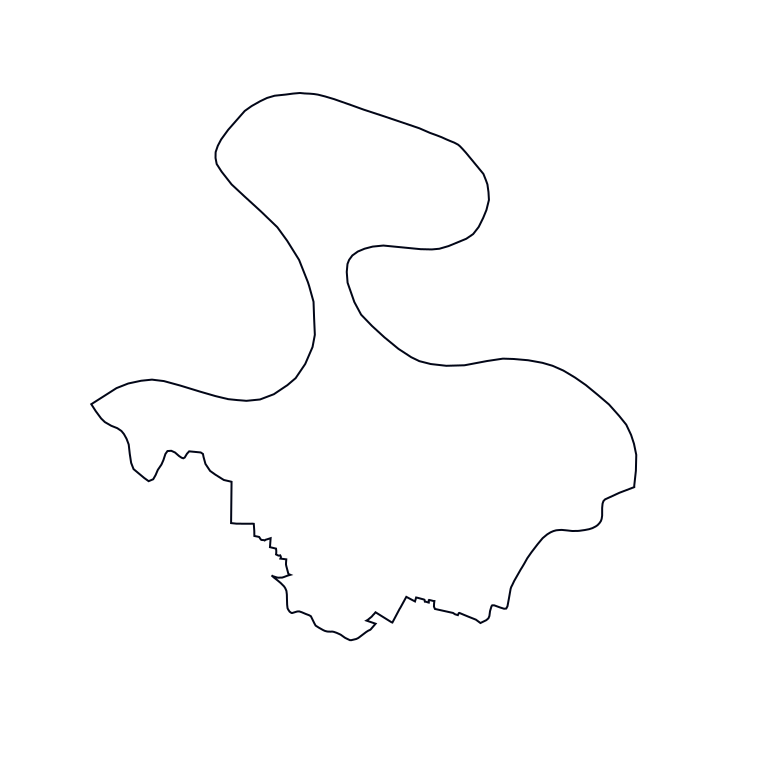 Binh Thanh, Hồ Chí Minh city, Vietnam, rotated 289°
{"feature_id": "81297802B74412015974526", "entity_name": "Binh Thanh", "entity_type": "district", "adm_level": 2, "iso_a3": "VNM", "parent_name": "Vietnam", "parent_adm1": "Hồ Chí Minh city", "projection": "equal_earth", "projection_center": [106.708, 10.812], "detail": "fine", "context": "isolated", "style": "outline", "palette": "ink", "viewbox_px": 768, "rotation_deg": 289, "n_neighbors": 0, "source": "geoboundaries", "source_scale": "gbopen_adm2", "svg_char_len": 4498}
<svg xmlns="http://www.w3.org/2000/svg" viewBox="0 0 768 768"><g transform="rotate(289 384 384)"><path d="M634.2,376.7L634.3,376.5L634.4,376.2L634.7,374.4L635.1,371.8L635.3,367.7L635.6,363.3L636.1,358.1L636.3,352.5L636.4,345.7L637.3,334.2L637.2,309.8L637.1,294.9L636.8,275.5L637.0,262.3L637.1,244.1L636.7,234.6L636.1,227.4L635.4,223.5L634.4,219.5L632.9,214.4L631.8,209.8L629.0,203.5L625.7,196.9L621.0,186.8L616.4,180.3L611.1,174.9L604.0,168.6L603.5,168.2L596.8,163.4L573.6,153.9L562.2,150.4L555.1,149.3L550.0,149.3L548.7,149.3L547.8,149.5L542.9,151.1L537.5,154.2L531.9,161.3L523.1,174.9L516.0,190.9L507.2,211.2L497.5,232.1L487.9,245.8L473.7,263.3L455.5,278.9L452.3,281.3L438.8,290.6L423.7,296.4L408.0,302.6L395.7,304.4L377.3,303.0L360.6,298.5L360.2,298.2L353.8,294.4L351.4,293.0L349.6,291.6L338.5,283.2L329.0,271.8L326.1,265.5L323.3,259.4L322.2,255.0L321.1,250.8L318.9,241.4L318.9,240.7L318.5,237.0L317.7,228.6L316.9,212.4L316.2,192.0L315.1,174.9L313.3,166.6L312.6,163.2L308.0,153.3L301.2,142.0L293.0,132.4L284.8,125.9L269.6,113.8L264.4,120.4L259.3,127.8L257.1,132.5L256.3,136.7L255.7,139.7L255.4,146.2L254.1,151.0L252.0,154.4L248.4,158.4L243.7,162.3L235.1,166.4L227.1,170.6L222.0,174.9L217.1,187.8L215.5,193.1L218.8,196.8L223.6,197.7L229.2,198.1L235.4,199.8L240.2,200.2L246.7,200.1L250.1,201.1L251.6,204.6L251.2,208.7L249.2,213.6L248.4,216.6L248.4,218.4L249.6,219.5L253.9,220.4L256.9,221.7L259.6,233.0L258.9,235.6L256.3,237.1L250.3,241.2L245.2,247.9L243.4,254.0L241.1,263.8L241.9,271.4L241.9,271.7L202.7,284.7L203.9,289.9L207.4,300.4L209.1,305.1L209.4,306.4L202.8,309.2L198.1,310.9L198.6,314.5L198.7,315.8L197.5,317.3L196.8,318.3L196.7,319.1L197.3,321.4L197.3,321.7L197.2,322.1L198.3,322.9L199.2,324.2L201.3,327.0L192.6,329.3L193.2,335.5L191.1,336.5L188.9,337.2L187.7,337.4L187.4,339.7L187.5,340.5L187.8,341.1L188.2,341.6L187.4,342.5L186.7,342.9L186.1,343.0L185.2,342.9L186.4,348.7L183.3,349.5L181.4,350.1L179.9,351.0L173.8,355.1L173.3,355.6L173.2,356.0L173.1,357.6L171.4,355.2L168.9,352.2L167.8,350.7L166.4,346.9L166.2,345.6L166.1,341.5L166.4,340.0L165.1,343.1L163.7,347.2L162.2,351.1L160.1,355.4L158.8,357.1L156.6,359.1L153.3,360.7L149.5,362.1L143.7,364.3L140.6,365.8L139.5,366.9L138.0,368.9L137.4,371.0L137.6,371.8L139.5,374.4L140.7,376.1L141.4,377.9L141.4,380.7L141.1,384.8L141.0,388.4L140.6,390.5L135.1,396.0L133.3,398.0L132.4,401.7L131.5,406.6L131.3,408.6L131.4,409.7L131.5,411.0L132.4,414.0L133.1,415.8L133.3,417.3L133.3,420.2L133.0,423.5L132.8,424.9L132.4,426.2L131.6,428.9L131.3,430.0L130.8,434.3L130.7,435.1L131.1,436.4L132.3,438.3L133.9,440.8L135.5,442.4L143.7,447.9L145.6,449.4L147.0,450.9L147.6,451.3L154.6,454.1L154.6,447.9L154.6,444.5L155.8,445.5L160.0,448.1L162.3,449.0L163.5,449.6L165.4,450.3L161.2,468.6L161.2,469.6L176.5,472.0L177.7,472.3L190.0,474.4L188.5,484.1L192.6,483.9L192.8,485.5L193.2,491.4L193.2,492.3L193.0,492.7L191.5,493.5L191.8,494.7L191.8,496.3L191.9,497.5L192.4,497.4L193.3,497.0L194.1,496.7L194.5,496.9L194.6,497.7L194.8,499.8L194.9,501.2L195.2,502.3L192.8,502.8L189.8,503.7L187.9,505.4L190.0,523.8L189.4,526.1L189.5,529.1L191.7,529.3L192.1,529.8L191.8,534.2L191.5,539.2L191.1,547.6L189.4,553.0L194.0,557.6L196.4,559.0L198.9,559.2L203.8,558.2L208.8,558.0L210.0,558.4L210.6,560.2L210.5,566.6L210.6,570.7L211.5,572.7L214.1,573.1L221.5,572.0L231.6,570.4L233.1,570.4L233.7,570.4L235.5,570.7L240.1,571.2L250.7,573.2L253.4,573.7L255.0,574.1L259.8,575.1L265.9,576.2L272.9,578.2L282.5,581.4L289.9,584.2L295.0,587.3L298.0,589.8L299.2,591.1L300.1,592.1L301.7,594.4L302.8,596.8L303.9,599.5L305.1,604.5L306.3,609.9L308.5,615.9L311.3,621.4L313.5,625.2L315.6,628.0L318.3,630.6L320.1,631.9L322.8,633.1L325.1,633.7L327.4,633.7L330.6,633.1L337.9,630.6L342.1,629.6L344.7,629.6L346.9,630.6L357.8,642.0L368.0,654.2L369.4,653.7L384.0,650.4L399.1,645.6L408.9,639.8L411.4,637.9L416.3,634.2L424.4,626.3L430.3,616.9L437.9,603.4L443.3,589.7L448.7,575.2L452.3,562.5L455.1,549.2L456.1,537.4L455.6,526.8L455.5,526.2L454.2,517.7L453.4,512.6L449.9,498.6L446.7,488.2L439.3,474.0L427.9,454.0L421.5,437.0L418.1,421.7L417.1,409.7L417.2,409.4L418.2,401.0L421.9,386.3L428.3,369.1L435.0,353.7L442.1,339.8L451.8,329.3L467.9,316.6L477.8,312.3L485.6,310.4L490.0,310.6L495.2,312.2L500.7,316.1L505.6,321.6L510.2,328.5L514.7,338.3L523.4,374.7L526.8,385.4L529.9,392.3L535.4,400.1L548.1,414.5L554.8,419.5L563.3,422.4L573.3,423.7L581.9,424.2L592.2,423.3L599.5,420.3L606.4,416.8L609.9,414.0L615.0,409.6L629.4,386.1L631.8,381.8L633.5,378.5L634.2,376.7Z" fill="none" stroke="#020617" stroke-width="2"/></g></svg>